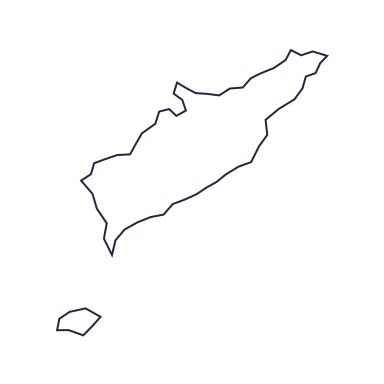 outline of Fernando de Noronha, Rio Grande do Norte, Brazil, rotated 172°
{"feature_id": "56859067B68153873864864", "entity_name": "Fernando de Noronha", "entity_type": "district", "adm_level": 2, "iso_a3": "BRA", "parent_name": "Brazil", "parent_adm1": "Rio Grande do Norte", "projection": "mercator", "projection_center": [-32.422, -3.844], "detail": "fine", "context": "isolated", "style": "outline", "palette": "slate", "viewbox_px": 384, "rotation_deg": 172, "n_neighbors": 0, "source": "geoboundaries", "source_scale": "gbopen_adm2", "svg_char_len": 950}
<svg xmlns="http://www.w3.org/2000/svg" viewBox="0 0 384 384"><g transform="rotate(172 192 192)"><path d="M274.5,236.4L284.9,234.1L289.5,223.8L300.2,218.7L290.8,204.0L288.5,188.7L280.8,172.9L285.7,158.0L280.0,140.8L274.5,154.8L264.0,164.2L250.4,169.5L236.6,172.9L223.2,173.6L212.8,182.7L200.3,185.5L187.5,189.3L176.3,194.7L165.9,198.7L156.1,204.7L142.5,210.6L129.3,213.4L119.1,228.1L109.5,238.1L109.1,253.2L94.5,262.2L77.5,269.6L68.1,279.4L63.2,290.5L53.0,292.6L47.1,301.8L39.2,308.0L53.0,314.4L64.9,312.2L74.3,318.8L80.9,309.7L93.4,303.5L107.6,299.9L117.8,296.5L127.2,288.4L140.1,289.2L151.6,283.9L164.4,287.3L174.6,289.4L182.9,295.4L191.6,302.4L196.5,292.0L188.8,284.5L186.7,273.5L196.9,269.6L203.1,277.3L213.3,276.2L218.8,264.7L233.4,257.1L242.2,245.8L248.1,237.9L260.9,239.0L274.5,236.4ZM329.9,90.3L341.0,85.0L344.8,73.9L333.3,72.4L319.7,65.2L309.7,72.8L300.0,81.1L313.6,91.6L329.9,90.3Z" fill="none" stroke="#1e293b" stroke-width="2"/></g></svg>